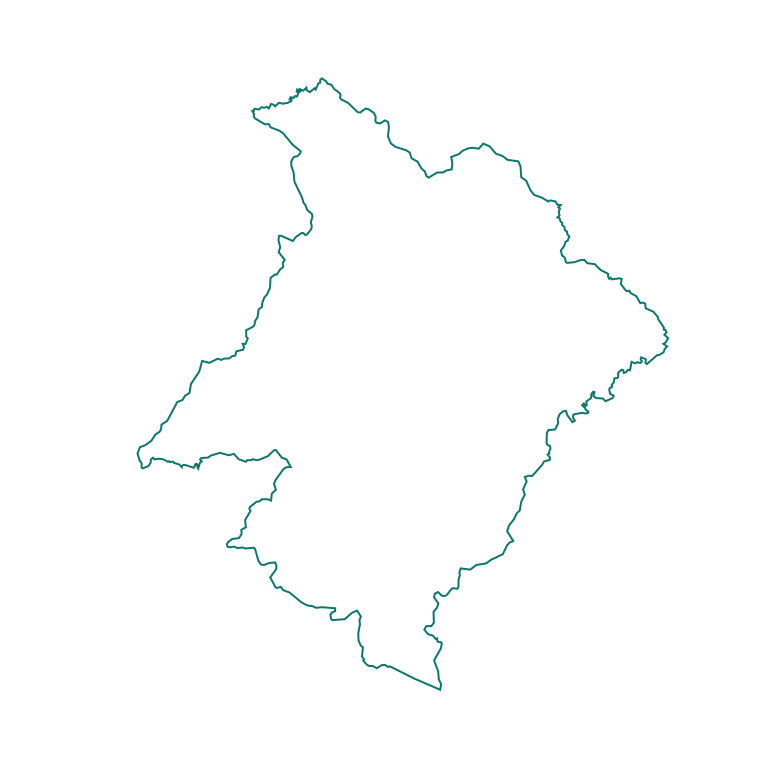 Mueang Nan, Nan, Thailand (Albers equal-area conic projection), rotated 26°
{"feature_id": "78962969B90844485924404", "entity_name": "Mueang Nan", "entity_type": "district", "adm_level": 2, "iso_a3": "THA", "parent_name": "Thailand", "parent_adm1": "Nan", "projection": "albers", "projection_center": [100.677, 18.865], "detail": "fine", "context": "isolated", "style": "outline", "palette": "teal", "viewbox_px": 768, "rotation_deg": 26, "n_neighbors": 0, "source": "geoboundaries", "source_scale": "gbopen_adm2", "svg_char_len": 6165}
<svg xmlns="http://www.w3.org/2000/svg" viewBox="0 0 768 768"><g transform="rotate(26 384 384)"><path d="M193.0,554.7L198.2,560.1L201.1,561.6L202.5,565.1L204.0,565.7L208.2,561.1L208.8,556.9L207.5,554.1L208.7,551.5L210.6,552.4L215.0,549.6L218.4,548.5L223.8,548.6L224.6,547.6L225.8,548.1L228.4,546.2L229.8,547.0L235.1,546.1L238.7,547.4L238.3,546.1L239.1,544.8L241.4,543.8L249.8,542.7L249.6,540.1L250.7,539.5L249.8,538.6L250.7,537.9L252.9,538.9L252.8,540.5L254.1,541.5L253.1,535.6L254.1,533.4L251.9,532.6L252.2,530.6L258.1,527.3L259.8,524.1L266.8,517.8L276.0,516.0L279.6,512.6L286.4,515.3L294.0,514.4L294.6,512.3L298.3,510.5L298.9,509.1L302.8,508.4L305.1,506.7L311.3,499.7L314.3,491.6L315.8,490.8L324.5,495.0L329.5,494.5L336.6,499.5L332.9,501.5L331.0,504.1L328.7,517.3L328.8,521.8L333.2,526.5L331.2,531.7L333.6,538.3L330.0,538.6L324.9,541.0L323.4,544.1L321.0,545.8L317.5,553.1L317.6,555.1L319.7,556.6L318.8,567.2L322.7,573.3L319.7,577.5L321.8,581.4L321.2,586.0L315.4,590.0L313.2,594.5L313.0,596.9L314.6,598.8L316.6,598.6L320.5,595.9L324.4,595.7L328.4,593.0L331.9,592.4L338.8,588.2L340.5,588.8L348.3,597.7L352.4,600.2L355.4,599.4L359.2,595.3L364.4,592.1L367.1,594.7L368.3,597.7L366.5,607.7L375.7,614.3L377.3,614.2L380.0,611.6L383.8,613.5L390.6,612.8L405.2,616.4L411.9,616.7L417.3,615.0L420.9,615.0L426.1,611.8L438.4,607.0L439.7,609.6L437.6,612.0L436.8,614.6L439.5,618.4L441.0,618.9L451.8,612.6L455.5,603.7L459.1,599.5L465.1,603.0L465.5,607.0L467.7,610.4L470.1,619.2L473.5,625.6L477.6,629.2L480.5,629.9L483.6,638.4L486.6,640.3L486.6,641.7L491.6,643.8L494.5,643.9L497.5,642.4L502.2,642.6L505.1,637.8L508.0,636.0L511.8,636.5L512.9,635.2L540.5,635.5L568.5,634.2L567.0,628.8L562.6,625.3L558.7,618.6L550.2,610.4L551.0,596.4L549.6,591.7L548.0,591.1L545.0,592.1L543.2,589.4L542.2,590.5L538.2,588.7L533.3,589.6L527.9,587.1L528.2,583.0L532.6,580.9L533.5,576.8L528.4,567.0L529.7,561.8L529.0,557.3L522.4,553.8L521.8,549.9L523.8,547.3L528.7,548.9L531.4,548.1L532.9,546.2L534.6,538.4L535.6,537.2L539.6,536.0L539.9,533.8L536.6,526.8L536.1,522.8L534.3,520.2L533.8,516.1L542.9,513.0L546.3,506.2L554.3,500.6L557.4,494.9L565.4,484.9L565.3,475.0L566.5,471.4L569.0,468.5L559.2,462.3L558.4,456.4L560.1,448.4L560.0,442.0L561.5,438.1L559.0,429.9L559.0,421.7L555.2,417.7L554.9,409.0L551.3,406.0L554.1,403.1L557.5,401.7L561.6,387.3L561.7,383.6L566.2,379.4L565.6,377.5L562.0,375.7L563.1,373.9L562.2,373.2L561.8,368.8L560.2,366.9L557.6,367.1L556.1,366.0L551.8,356.5L552.0,353.3L557.7,349.9L557.8,343.2L555.5,339.3L555.1,334.1L557.1,330.0L559.2,328.4L562.7,331.8L570.1,335.7L571.7,333.3L568.6,331.5L567.6,328.4L574.5,323.1L578.0,322.2L580.1,320.3L579.7,319.1L576.6,318.8L575.1,317.3L571.4,316.3L572.2,313.9L574.5,315.3L575.5,314.3L573.5,311.0L576.3,305.9L574.8,302.1L575.5,299.1L576.7,299.0L577.5,303.0L580.7,303.7L587.1,301.1L590.7,302.3L595.4,296.7L595.9,294.5L595.2,293.7L591.8,293.8L589.0,290.6L588.7,288.7L590.3,286.8L589.0,284.7L589.8,282.2L588.6,277.9L591.0,276.4L591.3,275.1L589.6,271.1L591.4,266.9L593.0,266.7L594.7,268.9L596.3,267.5L597.1,264.2L599.1,263.7L596.8,255.6L600.8,255.3L602.0,253.4L605.3,252.7L605.9,250.7L603.9,249.4L603.5,247.3L608.4,246.9L610.0,250.7L611.6,250.7L616.8,238.4L618.5,237.5L621.4,232.8L620.9,229.5L622.0,226.2L617.5,225.4L618.9,223.4L619.3,218.2L614.5,216.9L615.2,213.7L613.2,212.0L611.6,212.5L611.0,210.8L601.7,205.3L600.7,203.7L594.5,201.0L586.0,201.2L583.4,197.2L580.6,197.5L578.9,199.0L572.4,194.5L565.5,194.1L563.7,192.6L561.4,194.2L559.2,193.4L553.1,190.4L551.6,185.4L549.2,185.8L543.1,190.0L541.1,189.2L540.4,190.7L538.2,189.1L537.1,186.7L528.7,186.6L520.9,183.9L513.8,186.3L509.6,184.6L506.2,186.6L501.7,191.1L495.4,194.9L494.1,194.7L491.1,191.2L487.6,190.4L484.4,186.4L485.4,181.3L484.9,176.5L486.3,174.6L485.8,170.1L483.2,169.1L481.7,166.8L479.1,166.4L477.3,163.7L474.4,163.0L473.6,161.0L471.6,160.7L469.0,158.0L466.9,158.1L467.9,155.6L465.4,152.4L465.3,149.2L463.4,148.9L464.3,145.6L461.3,146.9L458.2,144.7L452.8,146.2L451.8,147.9L443.9,147.3L436.0,148.2L430.9,145.8L422.8,139.0L416.7,138.0L411.4,128.7L407.1,125.0L396.7,128.4L390.7,127.1L383.5,127.9L374.8,124.1L367.8,124.4L366.1,130.9L359.5,133.1L356.1,135.5L352.3,140.1L350.7,144.3L344.9,150.5L348.6,155.5L350.8,161.4L346.3,164.9L344.3,168.0L339.1,170.6L333.6,179.0L331.0,178.5L327.5,175.0L323.2,173.9L316.7,169.5L309.7,169.0L305.7,164.7L301.6,164.2L290.5,165.8L284.9,164.8L279.1,159.9L275.9,151.1L272.8,146.7L269.2,146.7L266.5,151.3L262.7,152.5L261.0,151.5L259.2,147.2L255.8,144.7L249.7,143.8L246.5,144.7L243.7,150.4L241.1,151.2L228.6,147.1L220.8,147.0L218.9,145.9L218.3,143.2L216.5,141.9L209.8,140.7L205.6,138.1L201.6,138.9L199.3,137.3L194.1,136.6L193.4,138.8L194.6,141.1L193.3,142.2L193.5,149.3L192.0,148.5L189.4,154.2L185.9,153.9L184.3,151.7L182.9,155.7L178.8,155.9L179.3,157.3L180.7,157.1L180.2,158.2L176.9,157.5L177.5,159.5L179.5,159.3L179.7,163.8L177.8,164.2L177.5,166.3L174.3,167.2L174.4,169.4L176.1,168.5L176.8,169.8L174.2,173.6L170.0,176.5L166.3,177.3L164.4,182.2L162.3,181.3L159.8,181.8L159.7,186.8L157.3,186.2L155.1,188.3L152.5,188.9L151.4,192.0L147.5,193.2L146.7,194.2L147.3,195.6L146.0,196.4L149.0,198.4L149.3,200.2L151.5,201.8L162.9,202.8L166.6,200.9L169.5,203.0L179.4,202.2L183.8,203.0L196.9,209.0L207.1,211.3L207.6,213.0L206.4,217.1L203.7,219.2L203.2,220.9L203.1,224.6L205.0,228.4L210.0,233.5L214.8,241.4L228.8,252.5L232.2,256.4L234.5,257.3L238.8,261.3L244.8,262.8L246.4,265.2L247.3,270.6L250.0,274.0L250.7,276.7L249.2,283.5L247.8,284.6L245.5,283.7L243.8,284.3L240.1,291.1L239.5,295.4L226.6,295.9L224.7,296.9L226.1,301.0L230.8,306.6L231.5,311.6L240.4,316.0L239.9,319.4L242.1,323.2L240.4,326.7L239.7,332.6L237.9,333.5L235.5,338.3L239.4,347.6L239.6,354.8L238.5,358.9L239.1,364.6L240.5,368.2L238.6,372.0L241.1,379.6L240.5,383.8L241.7,387.9L241.0,390.2L236.5,396.1L239.5,401.9L241.6,402.8L241.9,408.9L239.4,409.9L242.0,412.2L242.3,415.0L237.0,419.3L237.8,423.7L235.3,425.6L233.7,428.8L229.0,431.4L227.2,433.7L223.4,434.2L217.7,441.6L210.4,443.0L212.5,453.7L210.5,468.7L213.1,477.4L210.2,482.0L210.0,486.5L206.1,490.9L205.3,512.2L201.8,518.0L203.4,522.2L203.3,525.3L200.7,529.6L199.8,536.9L196.3,543.6L192.3,547.8L193.0,554.7Z" fill="none" stroke="#0f766e" stroke-width="2"/></g></svg>